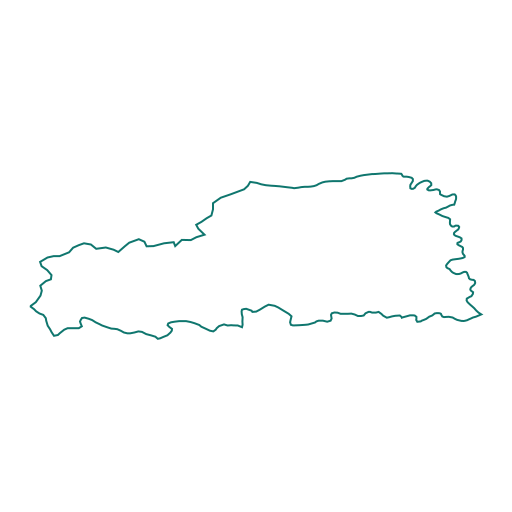 Pastavy, Vitebsk, Belarus (Natural Earth projection)
{"feature_id": "67162791B41761210959552", "entity_name": "Pastavy", "entity_type": "district", "adm_level": 2, "iso_a3": "BLR", "parent_name": "Belarus", "parent_adm1": "Vitebsk", "projection": "natural_earth1", "projection_center": [27.066, 55.118], "detail": "fine", "context": "isolated", "style": "outline", "palette": "teal", "viewbox_px": 512, "rotation_deg": 0, "n_neighbors": 0, "source": "geoboundaries", "source_scale": "gbopen_adm2", "svg_char_len": 5298}
<svg xmlns="http://www.w3.org/2000/svg" viewBox="0 0 512 512"><path d="M54.5,335.7L57.9,335.0L59.8,333.2L64.2,329.7L67.6,328.2L72.5,328.2L78.8,328.2L81.8,326.3L80.8,323.9L80.0,321.6L80.8,319.8L82.0,318.0L84.6,317.6L88.8,318.8L92.2,320.1L95.6,322.3L99.6,324.2L102.1,325.5L107.3,327.3L111.3,328.6L114.3,328.8L117.3,329.2L120.9,330.8L123.9,332.5L127.3,333.3L130.3,333.3L134.4,332.5L138.4,331.4L142.0,331.9L146.2,334.1L150.8,335.3L155.4,336.7L157.8,338.8L160.2,338.3L163.4,336.9L167.4,335.3L170.4,332.6L171.8,330.7L172.0,328.9L169.4,327.0L167.6,325.2L168.2,323.5L171.0,322.3L174.6,321.7L179.4,321.1L185.9,321.1L190.5,322.0L194.5,323.2L199.3,325.0L201.3,326.7L205.9,328.8L209.9,330.7L213.3,331.4L215.7,329.7L216.7,328.2L219.1,326.1L224.0,324.4L227.6,325.5L231.2,325.2L233.8,325.4L237.8,325.5L242.0,327.2L242.6,324.7L242.4,321.6L242.6,317.2L241.8,314.2L241.6,311.3L242.0,309.7L243.8,309.1L246.2,308.8L251.6,310.7L252.4,311.9L256.2,311.6L259.8,309.7L264.8,306.6L268.6,304.7L274.7,305.8L278.3,307.5L280.9,309.1L283.7,310.8L288.7,313.8L291.5,316.3L290.5,320.4L290.1,322.3L290.9,324.8L292.9,325.4L294.3,325.4L299.3,325.2L305.4,324.8L308.2,324.5L315.0,322.5L316.4,321.4L318.6,320.7L323.0,320.7L327.2,321.7L330.6,320.7L331.6,318.5L331.0,314.9L331.8,313.3L334.4,312.5L337.6,312.7L340.6,313.8L344.7,313.8L347.9,313.8L351.3,313.6L354.7,314.5L357.9,316.0L361.1,316.0L363.7,315.5L365.5,313.3L368.5,311.9L370.1,311.9L372.1,312.6L375.9,312.6L378.6,311.9L381.4,313.9L383.2,315.7L386.8,317.7L389.2,317.2L392.0,316.4L395.2,315.8L399.8,315.5L402.0,317.4L402.0,317.6L402.9,317.3L407.3,316.1L410.1,315.3L412.9,315.3L414.7,315.5L416.4,316.8L416.4,318.9L416.2,319.9L417.3,321.8L420.7,321.4L421.9,320.6L423.6,320.0L426.2,318.9L428.0,317.6L429.2,316.7L432.2,315.5L433.6,314.4L434.6,313.5L436.8,313.1L438.1,313.1L439.8,313.3L440.9,313.8L441.5,315.2L442.3,316.5L444.0,317.1L446.6,316.9L448.8,316.8L452.6,317.5L455.0,318.9L457.2,319.9L459.3,320.4L461.4,320.9L463.6,321.0L464.9,320.8L467.2,320.2L468.6,319.5L470.9,318.5L473.0,317.5L475.9,316.7L479.2,315.3L481.3,314.4L478.5,312.6L476.2,310.5L474.2,308.2L472.2,306.4L470.1,304.6L467.6,302.2L466.6,300.5L466.8,298.6L468.4,297.7L469.7,296.9L471.4,296.2L472.1,295.1L472.9,293.9L473.1,292.2L471.8,291.3L470.7,290.4L470.3,289.4L470.6,288.2L471.4,287.0L472.5,286.1L474.1,284.9L474.7,284.0L475.2,282.9L474.9,281.0L473.6,279.9L472.1,279.8L470.1,279.3L469.0,278.3L468.7,276.9L467.9,274.9L467.4,273.8L467.1,272.8L466.0,271.9L464.1,271.9L462.8,272.4L460.7,273.5L459.0,274.0L457.0,274.1L455.9,274.0L453.2,272.8L451.9,271.9L450.5,270.4L449.6,269.1L447.4,268.1L446.4,267.2L446.1,265.5L446.8,264.4L447.8,263.2L448.8,262.1L450.5,260.3L452.6,259.6L455.5,259.2L458.7,258.8L460.9,258.4L462.7,258.0L464.6,257.1L464.7,256.0L463.9,254.9L463.0,253.9L462.5,252.5L462.5,251.2L463.0,249.6L463.0,248.0L462.3,247.0L460.5,246.1L458.7,245.2L457.4,244.3L457.4,243.1L458.1,242.6L459.4,242.2L460.8,241.4L461.6,239.9L461.5,238.4L460.0,237.4L458.5,236.8L455.6,235.8L454.4,235.0L453.9,234.1L454.1,232.9L454.8,232.1L455.8,231.3L456.8,230.5L458.2,229.5L458.8,228.3L459.2,227.0L458.3,225.8L456.1,225.6L455.4,225.7L454.1,226.5L453.1,226.5L452.2,226.5L451.0,225.7L450.0,224.1L449.9,222.7L450.0,220.9L450.1,219.3L448.3,217.9L446.6,217.4L443.8,216.5L442.3,216.0L439.4,214.5L436.4,213.2L435.4,212.4L436.3,211.6L438.5,210.7L440.6,209.5L442.7,208.6L444.1,208.1L445.9,207.7L448.2,206.5L450.0,205.5L451.7,205.0L453.3,204.7L454.2,204.7L454.8,202.9L455.2,201.4L455.6,200.4L456.0,199.2L456.1,198.3L456.1,196.6L455.7,195.5L454.7,194.4L453.7,194.4L452.3,194.5L450.7,195.3L449.2,196.0L446.9,196.7L444.0,196.2L441.1,194.8L440.1,194.2L440.0,192.9L440.0,191.5L439.0,190.0L436.8,189.3L435.6,189.4L433.4,190.0L430.1,190.4L428.6,190.3L427.3,189.5L427.4,188.7L428.8,187.2L430.1,186.2L431.3,185.1L431.2,183.2L429.8,181.7L427.7,180.7L426.0,180.7L424.2,180.9L421.8,181.9L419.7,182.9L417.0,184.8L415.7,186.3L414.8,187.8L413.1,188.8L411.7,188.9L410.4,188.3L410.2,186.3L410.4,184.8L411.7,182.8L412.8,181.1L412.9,179.1L411.7,177.8L408.8,177.0L406.8,176.7L404.6,176.7L403.4,176.6L402.4,175.7L402.0,174.8L401.3,173.8L398.8,173.6L396.2,173.5L392.5,173.2L388.4,173.3L384.6,173.3L380.2,173.6L375.3,174.0L371.8,174.1L367.9,174.6L363.8,175.1L360.6,175.7L356.7,176.7L354.3,177.8L351.6,178.3L349.7,178.3L346.6,178.7L345.1,179.7L341.5,181.1L338.8,181.1L333.2,181.1L331.7,181.2L329.2,181.3L325.3,181.7L322.4,182.4L318.8,183.9L316.6,185.2L313.9,186.1L310.7,186.6L307.9,186.8L304.7,186.8L301.3,187.1L298.2,187.7L294.1,188.2L292.1,187.8L287.7,187.3L279.5,186.3L274.4,185.9L271.0,185.7L265.8,185.2L261.2,184.3L256.8,182.9L250.2,181.9L247.9,185.8L244.1,189.3L230.7,194.3L220.8,197.7L213.0,203.2L213.0,209.3L211.4,215.5L206.7,218.2L201.4,221.9L196.2,224.8L198.3,228.7L204.5,234.7L196.4,237.2L190.8,240.1L181.8,239.9L175.2,246.1L173.7,242.2L164.0,243.3L153.5,246.1L146.6,246.3L144.4,241.7L138.8,239.2L129.2,242.7L124.8,246.3L118.3,252.0L113.6,249.7L105.8,247.5L96.2,248.8L90.9,244.5L84.0,243.3L78.7,245.2L73.1,247.7L69.1,252.3L59.7,256.1L53.8,256.1L47.5,257.5L40.1,261.9L41.6,266.2L47.2,270.1L51.5,275.1L50.9,279.3L45.9,281.1L40.3,285.7L41.8,290.7L40.5,295.6L35.8,302.2L30.8,305.9L30.7,306.7L34.1,309.2L36.1,311.3L39.5,313.5L43.3,314.9L45.8,318.2L46.2,320.7L47.7,325.7L50.1,329.3L51.6,332.2L54.0,335.8L54.5,335.7Z" fill="none" stroke="#0f766e" stroke-width="2"/></svg>